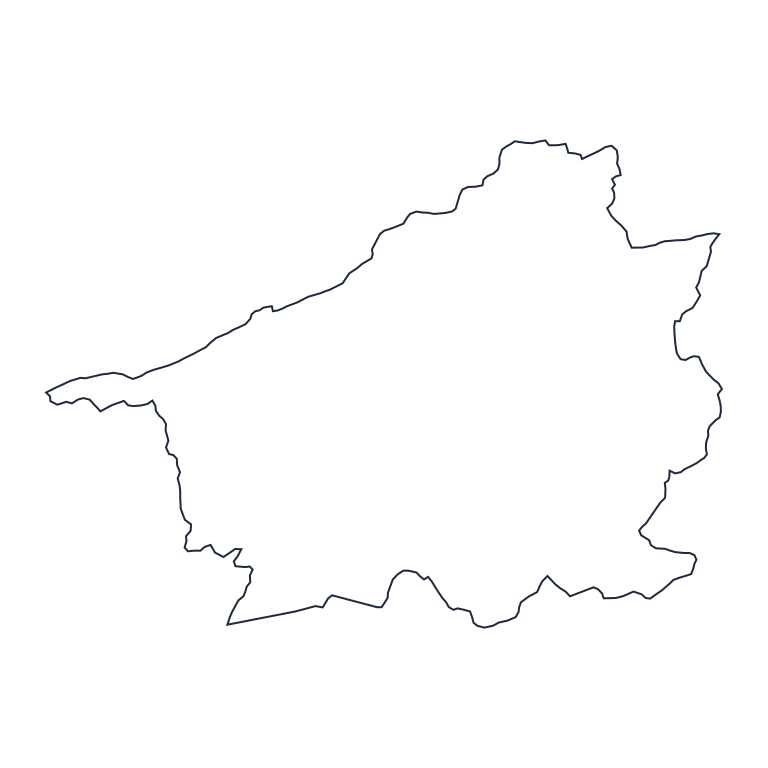 outline of Cariús, Ceará, Brazil
{"feature_id": "56859067B65825011266304", "entity_name": "Cariús", "entity_type": "district", "adm_level": 2, "iso_a3": "BRA", "parent_name": "Brazil", "parent_adm1": "Ceará", "projection": "mercator", "projection_center": [-39.468, -6.626], "detail": "fine", "context": "isolated", "style": "outline", "palette": "slate", "viewbox_px": 768, "rotation_deg": 0, "n_neighbors": 0, "source": "geoboundaries", "source_scale": "gbopen_adm2", "svg_char_len": 4239}
<svg xmlns="http://www.w3.org/2000/svg" viewBox="0 0 768 768"><path d="M719.3,234.2L713.6,233.3L707.1,234.1L702.7,235.3L695.8,236.5L690.5,238.9L684.6,240.0L675.9,240.3L669.9,240.9L665.0,241.2L659.6,242.8L655.2,245.1L650.5,245.8L643.1,247.5L631.7,247.7L629.8,243.6L627.6,238.7L626.6,231.7L621.1,225.3L615.8,220.7L611.1,215.5L607.2,208.1L612.2,203.5L614.4,198.4L614.1,192.6L612.1,188.5L614.9,184.8L612.1,179.1L615.8,176.4L620.6,175.1L619.7,169.5L617.1,163.7L617.8,157.1L616.8,150.4L611.6,145.8L605.6,147.0L598.8,151.0L582.0,159.0L580.5,154.8L574.6,153.4L568.3,152.8L567.2,148.5L565.6,143.9L557.6,145.2L549.1,145.3L545.4,140.4L539.0,141.5L532.5,143.2L525.8,142.9L520.2,142.1L514.9,141.3L510.7,144.1L506.5,146.4L501.9,149.7L499.4,157.6L499.4,164.1L498.0,169.5L493.4,173.6L487.4,176.2L483.6,179.5L482.5,185.3L475.5,186.7L468.1,187.0L462.4,189.5L459.6,195.3L455.7,208.6L452.3,211.4L446.1,212.8L439.5,213.5L433.7,213.9L428.2,212.8L421.6,212.4L416.3,211.6L410.1,214.0L407.3,217.3L403.4,223.7L396.5,226.5L389.5,229.1L384.2,230.7L380.0,234.0L377.7,238.4L372.0,249.3L372.7,254.2L371.4,258.4L362.0,264.0L357.1,268.2L349.3,273.3L342.6,283.3L329.8,289.7L325.2,291.3L319.9,293.4L309.0,296.5L305.1,298.3L297.3,302.4L286.8,306.3L282.2,308.7L277.6,310.5L272.9,311.2L271.8,306.2L263.7,307.5L259.5,310.3L255.3,311.2L251.7,314.2L250.3,318.8L245.6,324.1L238.9,327.3L233.0,329.9L227.9,333.1L223.9,334.7L216.1,338.0L209.7,343.4L205.9,347.2L200.1,350.2L193.9,353.6L184.6,358.1L179.1,361.1L169.1,365.3L161.5,367.6L154.0,369.7L146.7,372.5L141.1,376.0L133.0,379.0L127.3,376.7L123.0,374.4L113.3,372.8L107.6,373.8L102.5,374.3L85.4,378.3L80.3,377.8L76.2,379.2L70.6,380.8L56.7,387.2L46.1,392.5L50.0,396.3L50.4,401.2L57.4,404.7L66.4,401.8L71.9,403.4L78.0,399.5L83.6,398.1L89.8,399.7L94.2,404.7L97.4,407.9L100.4,411.4L106.4,408.1L112.1,405.1L118.0,403.0L123.9,400.9L128.2,405.3L133.0,406.1L140.9,405.5L147.4,404.0L152.4,400.6L155.4,405.8L155.9,410.9L159.1,415.6L163.1,419.1L166.0,424.2L165.6,430.5L168.4,440.7L166.0,447.5L169.1,454.1L173.2,455.0L176.8,458.7L177.2,465.4L180.0,472.2L177.7,478.6L179.6,485.4L180.2,491.1L180.2,498.1L180.5,503.9L180.7,508.5L182.7,514.1L184.9,519.8L191.1,524.4L190.6,530.9L186.0,536.2L186.5,541.1L184.6,547.6L188.0,551.3L193.6,550.7L200.4,550.7L204.5,547.0L210.6,544.9L214.9,552.5L223.4,557.0L229.9,552.7L235.1,549.0L241.3,549.2L237.6,556.4L233.8,561.3L235.4,566.2L245.4,567.1L249.8,566.5L252.6,569.6L249.9,575.4L250.3,582.3L246.8,586.5L245.4,591.4L243.4,596.3L238.3,600.5L232.2,611.7L229.9,617.0L227.4,624.7L295.6,611.4L315.5,606.1L322.7,607.4L328.2,598.3L332.0,595.3L377.0,607.2L381.7,607.2L384.2,603.3L387.7,597.7L387.9,593.0L390.2,586.5L392.8,579.5L397.6,574.4L403.2,570.7L408.5,570.7L416.4,572.5L420.5,576.7L424.0,579.5L428.1,576.9L431.6,581.2L434.6,586.1L438.4,592.1L442.3,597.9L446.1,602.2L448.8,607.1L453.4,609.8L457.6,608.4L461.9,609.3L470.0,611.4L472.3,617.7L473.5,622.7L477.6,625.9L484.5,627.6L493.1,625.7L498.7,622.6L507.5,620.6L515.8,617.0L518.6,611.9L519.1,607.4L520.9,602.3L529.1,596.3L537.1,592.1L539.6,586.5L542.2,581.4L547.5,576.0L555.4,584.4L560.4,588.4L565.6,591.6L570.0,596.3L593.6,587.3L597.9,589.1L602.1,593.5L603.7,598.3L615.9,598.0L622.7,596.3L633.5,591.6L641.6,594.3L645.6,598.0L650.2,598.6L656.9,593.7L661.7,590.5L669.8,583.5L673.3,580.0L679.7,577.6L685.8,575.8L691.1,574.1L693.3,568.6L694.4,563.9L696.4,559.7L694.4,555.1L689.5,553.0L684.0,553.0L675.1,552.1L670.4,550.7L665.0,548.8L655.9,548.3L650.9,545.1L649.1,540.2L641.2,535.3L639.1,530.6L641.9,527.1L646.0,523.4L649.5,518.3L660.2,502.7L665.1,497.8L665.5,489.0L664.8,482.9L668.3,480.5L669.4,476.4L669.6,470.7L675.2,473.4L680.9,472.1L684.7,469.1L690.6,466.3L696.7,463.1L700.6,460.2L704.1,458.0L706.9,454.5L705.9,448.4L706.1,442.6L708.3,435.8L708.0,430.5L709.8,426.1L715.6,420.2L719.6,417.5L720.9,411.7L720.7,406.2L719.8,401.3L717.8,394.3L721.9,389.0L718.4,383.2L714.0,379.9L706.1,371.8L702.3,364.8L698.9,356.9L693.7,356.2L689.5,357.8L685.6,360.0L680.6,359.2L677.0,353.6L676.1,349.4L675.2,342.7L674.4,332.5L674.2,326.4L675.1,321.2L679.8,321.2L682.2,314.5L686.1,311.2L692.5,308.0L696.5,301.9L700.2,295.4L696.2,287.5L699.0,282.2L701.6,271.0L706.7,266.2L711.0,251.6L710.3,247.0L712.4,243.3L715.7,238.7L719.3,234.2Z" fill="none" stroke="#1e293b" stroke-width="2"/></svg>